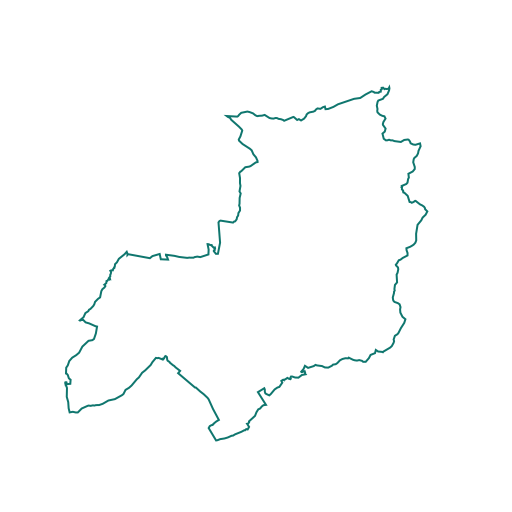 the district of Matasari, Gorj, Romania, rotated 103°
{"feature_id": "2599482B45597457820399", "entity_name": "Matasari", "entity_type": "district", "adm_level": 2, "iso_a3": "ROU", "parent_name": "Romania", "parent_adm1": "Gorj", "projection": "mercator", "projection_center": [23.06, 44.852], "detail": "fine", "context": "isolated", "style": "outline", "palette": "teal", "viewbox_px": 512, "rotation_deg": 103, "n_neighbors": 0, "source": "geoboundaries", "source_scale": "gbopen_adm2", "svg_char_len": 6116}
<svg xmlns="http://www.w3.org/2000/svg" viewBox="0 0 512 512"><g transform="rotate(103 256 256)"><path d="M450.3,402.4L449.0,399.4L449.0,396.3L448.5,394.4L443.8,391.5L440.0,386.5L439.4,385.5L439.2,383.4L438.2,381.3L438.1,379.9L437.3,378.4L436.5,375.3L434.5,372.1L430.0,367.3L427.2,361.3L421.7,355.2L420.3,354.1L415.8,353.0L413.0,350.1L410.2,348.1L402.9,344.4L400.7,342.8L395.4,340.7L392.3,338.2L385.9,334.1L382.8,333.1L377.8,330.6L377.7,329.0L377.2,328.0L377.9,323.4L377.5,323.1L376.9,323.6L376.2,322.5L374.3,322.1L373.8,321.5L374.5,320.1L377.2,319.1L377.9,318.5L378.7,316.4L379.3,315.9L381.1,312.3L381.5,311.0L382.6,309.3L385.0,304.1L387.7,305.5L397.9,285.8L397.7,285.0L400.6,279.8L402.4,275.9L405.1,271.3L406.3,269.9L414.7,263.5L424.1,255.3L426.2,257.5L429.2,259.8L429.6,259.7L430.5,260.4L430.8,261.3L432.2,262.8L434.3,263.4L444.7,253.4L444.1,252.0L442.5,249.7L440.9,245.7L439.2,242.7L436.6,239.3L436.2,238.0L434.5,236.3L430.6,230.7L428.4,228.2L428.3,227.5L427.0,226.7L426.8,226.3L427.0,225.5L426.9,225.1L424.1,224.3L421.5,226.9L421.1,226.0L419.6,225.3L418.7,225.6L412.0,221.0L408.1,220.4L404.9,219.3L403.7,217.7L401.3,216.5L399.7,215.2L398.8,212.8L388.2,223.5L383.0,218.2L384.1,217.4L386.2,216.9L387.7,216.0L388.1,215.1L388.8,211.7L387.1,210.5L381.8,207.8L379.4,205.6L378.3,203.8L373.5,201.9L372.0,203.2L370.6,201.9L370.4,201.4L370.6,200.9L370.2,200.9L369.7,199.8L367.7,198.0L368.2,196.5L368.3,194.8L367.7,194.5L366.8,195.1L365.6,194.8L365.3,193.6L365.6,190.6L365.0,187.3L361.6,184.5L360.1,181.1L359.5,181.8L358.6,181.9L357.3,182.7L358.7,184.9L358.9,185.5L358.6,185.9L355.3,184.2L352.0,183.6L353.3,180.1L350.3,175.0L348.7,173.5L348.9,172.1L348.4,166.9L349.1,163.8L348.5,160.5L345.9,157.4L344.5,156.5L343.5,154.0L342.1,152.7L338.7,150.7L336.9,148.6L335.5,145.9L335.0,143.2L334.2,142.8L335.3,138.1L335.4,136.3L335.2,134.1L334.2,132.0L334.3,129.1L335.0,127.8L334.4,125.3L330.1,123.0L326.6,122.1L323.9,118.2L320.6,118.1L321.6,115.5L321.1,111.9L321.2,110.7L320.6,110.5L315.1,104.7L313.2,103.4L309.6,102.4L307.9,102.3L306.4,103.1L302.5,102.7L300.4,100.6L299.0,99.9L293.7,98.6L287.8,96.5L284.0,96.2L282.3,99.6L278.7,102.6L275.6,103.6L273.3,103.7L270.8,105.2L270.0,107.2L269.6,110.7L268.9,111.8L268.0,112.5L265.6,113.4L260.9,113.2L260.0,113.5L258.4,113.1L257.1,113.7L252.9,114.1L250.0,112.6L242.5,114.8L240.5,114.3L236.9,114.4L235.2,115.1L233.7,117.4L233.1,117.8L231.5,117.0L228.0,115.9L227.1,114.4L224.9,112.6L221.4,108.5L219.0,109.0L216.5,110.6L214.6,111.2L212.3,107.8L210.5,105.9L209.4,104.9L207.2,103.7L204.7,103.4L198.3,105.0L189.3,105.6L184.1,103.0L181.1,102.3L177.6,100.0L174.0,99.1L172.4,101.7L171.4,102.1L170.2,103.3L169.3,105.5L168.8,107.8L166.4,112.9L166.5,113.4L167.9,114.6L169.1,116.2L168.7,117.2L168.8,118.5L163.3,121.7L160.9,125.8L161.0,126.6L160.4,127.1L159.1,127.4L158.3,128.8L156.3,129.2L156.1,129.7L155.2,129.2L154.8,129.6L152.1,125.8L150.5,124.9L146.8,125.1L145.2,124.7L141.6,126.0L138.4,122.3L135.6,120.9L133.6,121.3L129.3,123.9L126.2,124.1L124.9,123.8L122.3,121.9L119.6,121.2L116.9,121.3L112.0,120.3L109.4,121.5L111.8,125.7L112.0,127.9L111.4,130.7L109.7,131.8L108.4,133.4L108.3,134.2L109.6,137.7L112.3,140.5L112.9,147.0L112.6,149.0L113.0,150.6L112.8,152.5L113.7,154.0L114.1,155.4L113.0,157.9L108.3,160.3L105.8,158.5L102.7,158.4L99.7,161.8L98.9,162.1L96.7,162.0L93.0,160.7L91.0,162.3L91.0,164.5L90.4,167.1L88.7,169.9L87.4,170.5L85.4,170.7L82.4,172.1L78.5,172.2L77.0,171.8L74.3,167.7L72.2,166.9L68.8,164.3L64.8,163.6L62.6,163.7L61.7,164.1L63.3,164.5L63.9,166.3L64.0,167.8L64.5,168.4L63.4,170.0L63.9,171.4L65.3,171.0L66.0,171.8L67.8,171.4L68.5,172.9L69.4,173.2L70.2,177.3L69.7,178.1L69.5,180.4L74.0,185.6L78.6,190.0L80.8,195.8L89.7,210.2L93.3,214.1L96.5,218.8L97.3,221.3L94.9,222.5L95.9,224.2L98.1,226.3L98.4,229.3L100.0,230.7L101.1,231.0L102.4,232.5L104.0,236.1L105.2,237.5L106.7,238.5L108.5,238.7L111.4,240.1L113.8,242.6L113.0,245.0L114.2,246.5L112.2,250.2L112.1,250.9L117.9,259.0L117.4,260.1L117.1,262.5L117.3,264.8L116.9,266.6L117.1,267.9L118.2,269.9L118.5,271.9L118.5,273.9L116.6,279.3L117.9,281.7L118.8,284.8L119.3,285.7L119.4,286.6L119.0,288.3L117.7,291.0L117.2,294.6L117.2,296.9L119.8,302.6L122.2,304.2L123.7,304.9L124.4,305.6L126.2,316.0L126.8,314.7L127.2,312.5L128.9,310.7L133.8,301.7L136.0,298.3L136.9,297.6L143.0,298.1L146.4,299.0L147.4,298.5L149.9,294.3L152.9,286.0L154.0,284.0L157.5,281.4L159.9,278.2L163.0,275.9L164.1,275.6L164.9,277.3L169.7,281.6L170.5,282.9L171.9,286.4L176.8,289.5L177.3,290.2L179.1,291.0L183.7,289.1L188.6,288.0L191.2,286.9L196.8,286.6L198.5,285.0L203.1,285.0L208.8,283.8L210.5,283.8L212.6,282.4L215.3,281.8L218.1,282.8L220.6,282.5L222.5,283.2L224.6,283.1L226.9,284.1L227.4,285.1L228.6,285.9L229.5,298.5L230.1,299.4L231.7,300.1L251.1,294.0L262.4,293.6L262.9,295.5L260.8,298.2L260.2,298.3L259.7,297.6L258.5,297.9L258.1,297.5L256.9,298.0L257.4,299.1L256.0,301.3L255.3,301.7L255.7,303.0L255.3,304.0L255.2,305.6L255.3,305.9L260.4,303.6L265.2,302.7L269.6,310.0L269.8,313.1L270.9,315.6L271.7,316.5L272.6,320.7L273.3,322.6L274.2,330.6L274.2,335.5L275.0,344.0L275.7,343.8L277.1,342.3L279.3,340.9L280.6,348.0L275.7,350.3L279.4,356.9L282.0,358.9L283.0,381.0L283.9,381.5L282.6,381.8L281.0,382.9L283.9,384.5L289.6,389.0L293.5,390.1L295.7,391.5L298.3,391.2L299.0,391.7L299.6,391.4L300.5,392.2L302.2,392.3L302.5,393.8L303.2,394.6L304.2,393.6L305.9,393.5L307.3,393.8L308.6,393.4L310.1,394.1L310.2,393.6L311.4,393.0L311.4,393.5L311.9,393.6L311.7,394.5L313.7,395.3L314.0,396.0L316.1,395.8L318.1,397.3L318.4,396.5L319.2,396.0L320.8,396.6L322.9,398.2L325.0,398.8L331.4,398.6L333.3,400.3L336.9,402.5L339.4,402.7L341.3,403.3L344.8,405.4L345.9,406.6L347.5,407.0L350.0,409.4L354.5,410.3L358.4,413.2L358.5,412.9L357.8,412.1L357.2,409.9L359.0,407.1L359.2,403.4L360.5,396.7L360.5,395.0L367.5,394.6L373.3,395.2L374.8,396.5L376.3,400.1L383.3,404.8L390.0,406.6L393.1,408.9L396.4,412.2L400.3,414.3L405.0,414.8L407.5,415.8L413.2,414.7L413.2,414.1L414.3,412.6L417.3,410.8L418.3,408.8L422.3,408.2L423.3,411.1L423.1,411.6L421.7,412.3L421.9,413.3L422.5,413.4L424.8,412.3L424.7,412.0L427.1,410.5L435.8,408.7L440.6,406.1L446.5,404.3L450.3,402.4Z" fill="none" stroke="#0f766e" stroke-width="2"/></g></svg>